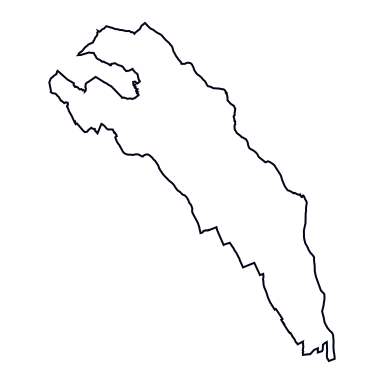 the district of Dobrovat, Iasi, Romania
{"feature_id": "2599482B94926242048527", "entity_name": "Dobrovat", "entity_type": "district", "adm_level": 2, "iso_a3": "ROU", "parent_name": "Romania", "parent_adm1": "Iasi", "projection": "orthographic", "projection_center": [27.668, 46.958], "detail": "fine", "context": "isolated", "style": "outline", "palette": "ink", "viewbox_px": 384, "rotation_deg": 0, "n_neighbors": 0, "source": "geoboundaries", "source_scale": "gbopen_adm2", "svg_char_len": 5787}
<svg xmlns="http://www.w3.org/2000/svg" viewBox="0 0 384 384"><path d="M97.5,133.4L101.4,123.9L101.7,123.9L104.3,125.8L106.7,128.6L107.7,129.3L108.3,129.5L110.5,129.4L112.9,129.6L114.0,132.4L114.4,132.9L114.8,132.6L116.4,134.9L116.7,136.1L116.2,136.2L115.3,137.3L116.5,140.8L117.8,143.2L119.7,145.6L120.2,146.9L121.0,148.1L123.0,151.8L124.3,153.2L126.2,154.2L128.4,154.7L131.0,154.7L133.2,155.0L135.4,154.3L137.7,154.3L138.9,154.7L142.2,156.5L143.0,156.4L143.9,155.4L145.0,154.8L147.3,154.3L149.4,155.2L152.3,157.7L153.4,159.3L155.2,160.9L158.0,165.1L158.8,167.1L159.1,168.3L159.5,168.6L159.6,169.1L162.4,173.4L165.0,176.5L168.0,179.4L168.4,180.1L172.3,183.2L173.7,184.7L175.9,188.2L177.5,190.3L179.8,191.8L182.3,194.3L183.3,194.9L184.6,195.3L186.5,197.1L188.2,199.8L189.2,202.7L191.1,205.0L192.3,208.5L192.1,210.9L192.4,212.7L198.0,223.2L199.2,227.1L200.5,233.1L202.6,232.4L203.5,230.9L204.9,230.8L205.8,230.2L206.9,230.5L208.1,230.1L208.2,230.4L216.5,227.2L217.0,229.6L218.0,232.1L223.6,245.0L225.1,244.2L229.8,242.8L233.6,248.4L234.8,250.8L236.3,252.8L239.5,259.0L239.8,260.2L243.0,267.4L254.3,262.8L260.0,275.1L263.2,273.9L263.5,276.8L263.0,279.4L263.4,281.4L263.5,284.2L264.1,286.8L266.6,293.0L268.0,297.7L270.2,302.5L274.7,309.6L275.6,308.9L276.1,309.3L281.9,318.0L282.5,319.0L281.2,319.8L283.2,323.0L283.4,322.8L284.2,324.0L283.8,324.2L288.7,331.8L288.9,331.7L290.0,333.3L290.6,333.1L292.5,336.3L292.4,336.5L294.5,339.2L295.9,342.3L297.1,343.2L297.6,344.3L303.0,341.6L302.8,342.6L303.1,343.6L303.1,345.2L303.4,346.6L302.7,350.1L303.3,351.7L302.8,352.5L303.0,354.9L309.7,354.1L310.1,354.3L314.1,349.9L317.9,348.3L317.8,352.5L322.0,351.2L322.7,349.9L323.0,344.7L325.0,343.0L326.8,342.0L327.1,350.6L326.9,354.3L326.9,356.9L327.4,358.7L327.7,358.8L328.8,361.0L334.7,358.8L334.5,355.7L333.7,351.1L333.4,345.9L333.6,341.5L333.1,335.4L332.9,334.5L331.9,332.6L329.8,330.7L327.4,327.8L325.0,323.3L324.5,322.0L323.7,317.6L322.1,311.4L323.5,305.6L324.5,298.7L324.4,295.1L324.2,293.9L320.9,290.5L315.9,276.6L314.8,271.2L314.7,266.2L314.0,260.0L314.1,257.7L314.0,257.2L312.8,255.3L310.5,252.9L308.7,250.0L307.9,247.9L305.2,243.0L304.8,240.9L304.3,239.9L304.4,239.0L304.0,237.5L303.9,230.5L305.5,223.1L305.7,212.7L306.1,211.1L306.0,208.0L306.7,203.4L306.6,201.6L305.1,199.2L304.2,196.6L303.1,195.5L302.8,195.7L302.8,196.4L302.4,196.9L301.9,197.1L301.4,196.8L300.3,195.2L300.2,194.6L299.6,194.9L299.2,194.5L298.5,194.7L297.5,194.4L294.5,192.8L293.7,193.3L290.6,191.3L287.6,190.2L285.2,186.9L284.1,184.7L282.2,180.0L281.0,176.0L280.5,174.9L274.1,164.9L271.2,162.8L268.5,161.4L267.8,161.4L265.4,162.3L258.7,156.9L257.2,154.0L256.0,152.6L254.0,150.9L249.7,148.5L248.7,146.8L248.2,145.3L247.7,142.6L247.2,141.2L245.7,139.0L243.9,138.2L243.0,137.5L241.7,137.2L240.6,135.9L237.0,133.2L234.7,129.3L234.5,125.7L234.6,125.1L235.2,124.4L235.3,123.8L234.9,121.9L235.2,121.5L235.0,121.1L234.4,120.8L234.5,120.1L233.6,116.2L234.5,115.5L234.7,114.8L234.5,113.9L235.1,110.0L235.3,109.0L233.9,105.9L230.4,103.6L229.5,102.4L227.5,100.4L227.6,99.5L227.4,98.0L227.5,97.0L226.9,94.7L225.9,93.1L226.6,92.8L224.5,89.9L223.5,89.3L220.7,89.0L219.6,88.6L213.3,88.2L210.9,86.9L207.8,86.1L206.6,84.3L206.0,82.9L205.0,81.3L202.9,79.3L201.3,77.4L199.6,75.9L197.1,74.2L196.0,72.8L194.1,69.8L193.6,67.8L192.1,64.7L191.7,64.2L190.4,63.1L187.9,62.7L187.2,62.8L184.6,63.9L181.4,63.8L181.0,62.2L178.9,60.0L176.0,55.9L173.3,50.9L172.7,48.3L171.9,46.3L170.0,44.3L169.2,43.0L165.7,40.0L161.4,35.0L156.2,32.1L153.1,29.7L150.9,28.8L149.0,27.2L145.0,23.0L141.5,25.8L139.9,29.0L135.2,32.7L134.4,33.8L132.9,32.3L131.2,32.2L129.3,31.0L127.0,31.1L123.8,30.6L122.6,30.1L120.2,30.0L116.9,29.1L115.3,29.1L111.9,27.7L110.6,27.5L106.4,26.2L104.0,28.6L101.9,29.5L100.3,31.4L99.5,31.7L98.0,30.9L98.3,31.6L97.5,32.2L97.2,32.8L97.5,34.0L96.8,35.8L95.6,37.1L94.8,38.4L94.5,39.6L93.5,41.0L93.0,42.4L88.2,44.6L87.5,45.5L84.9,47.5L82.6,50.5L81.5,51.5L79.0,53.2L78.8,53.7L78.7,54.7L78.3,55.1L81.1,54.9L89.0,52.5L90.4,52.8L93.7,52.9L94.8,55.0L95.8,56.4L95.9,57.0L96.8,58.3L98.3,59.3L100.3,60.1L101.3,61.2L102.0,61.4L102.2,61.7L103.4,61.8L103.8,61.6L104.5,62.2L108.4,63.9L108.8,64.2L108.8,64.4L110.6,65.4L110.9,65.3L111.1,65.0L111.2,64.0L114.9,63.2L118.2,65.1L121.2,65.9L121.9,66.5L122.5,66.4L124.1,68.5L124.4,69.3L125.5,70.2L126.1,71.1L129.0,70.7L132.6,68.9L133.2,70.2L133.6,70.4L134.7,71.9L137.5,74.2L138.4,78.5L139.0,80.1L139.9,81.3L139.6,81.8L137.4,83.5L135.1,81.6L133.2,81.9L133.3,83.1L133.5,83.6L133.3,84.0L133.4,84.9L133.8,85.2L134.8,84.9L134.4,85.5L134.3,86.6L134.8,87.0L135.4,86.9L135.1,87.9L136.6,88.6L136.8,89.7L137.4,89.6L137.1,90.2L136.8,89.8L136.3,89.8L136.0,90.9L136.5,91.4L137.8,92.0L136.7,92.9L137.1,93.5L137.6,93.5L138.4,94.4L138.6,95.1L134.8,98.1L132.1,99.0L130.5,98.4L127.5,98.8L123.8,97.5L122.2,97.9L121.8,97.2L111.4,86.4L108.2,84.6L106.5,83.3L104.4,82.4L95.7,76.9L88.7,81.7L86.9,82.7L85.8,83.8L85.3,87.0L85.9,88.2L85.9,89.4L85.5,90.9L85.1,91.3L85.2,90.8L84.9,90.4L83.1,90.5L82.9,89.8L82.0,89.7L81.4,89.1L79.5,89.3L77.6,87.3L76.6,86.8L76.0,87.0L74.9,86.9L74.6,86.4L74.6,85.9L74.1,85.7L73.6,84.8L73.9,83.3L67.4,79.5L58.2,71.3L57.5,70.9L57.0,71.8L56.5,73.8L55.9,74.3L56.0,74.4L54.2,75.5L52.7,77.0L50.8,78.4L49.3,82.5L50.9,90.6L50.7,92.0L52.3,93.1L55.4,93.7L56.1,94.1L57.2,95.6L58.7,96.9L60.7,100.4L61.1,100.8L61.6,100.7L62.2,101.5L63.4,102.2L64.2,103.2L65.8,102.3L67.8,102.8L67.8,103.3L67.6,103.6L67.9,104.4L67.8,104.6L67.7,105.6L67.2,105.7L66.9,106.3L68.5,109.5L68.9,111.0L71.6,115.7L74.1,121.2L74.4,121.8L75.0,121.4L75.2,121.9L75.2,122.2L74.9,122.4L74.9,122.6L75.7,124.2L77.0,123.5L83.3,130.8L84.8,132.1L86.6,131.9L87.6,131.3L88.1,130.3L91.2,127.8L91.5,128.2L93.5,128.8L94.1,129.3L94.7,129.1L94.7,129.4L95.3,130.4L95.3,131.0L95.7,131.1L95.8,131.6L96.5,131.9L96.7,132.5L97.5,133.4Z" fill="none" stroke="#020617" stroke-width="2"/></svg>